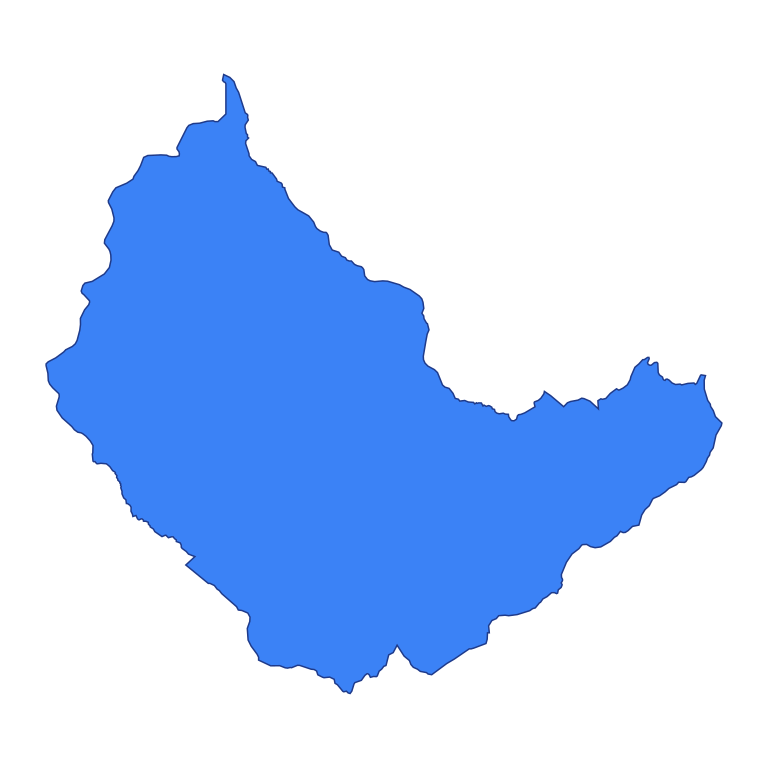 Belén, Boyacá, Colombia
{"feature_id": "7082276B18043076208470", "entity_name": "Belén", "entity_type": "district", "adm_level": 2, "iso_a3": "COL", "parent_name": "Colombia", "parent_adm1": "Boyacá", "projection": "mercator", "projection_center": [-72.876, 6.017], "detail": "fine", "context": "isolated", "style": "filled", "palette": "blue", "viewbox_px": 768, "rotation_deg": 0, "n_neighbors": 0, "source": "geoboundaries", "source_scale": "gbopen_adm2", "svg_char_len": 6064}
<svg xmlns="http://www.w3.org/2000/svg" viewBox="0 0 768 768"><path d="M642.7,359.7L638.8,364.0L634.9,367.3L630.9,376.6L630.2,379.7L627.4,384.8L623.2,388.0L619.5,389.9L618.7,390.1L616.5,388.8L610.3,393.4L605.8,398.5L602.4,399.3L600.9,398.8L597.9,400.7L598.4,408.9L590.0,401.2L584.0,398.6L581.7,398.2L578.1,400.1L570.6,401.5L567.4,402.8L563.7,406.7L550.7,395.7L544.4,391.4L543.9,393.8L540.9,398.2L538.3,400.4L534.5,401.9L534.1,402.9L535.0,406.8L524.7,412.9L520.8,414.4L518.6,414.7L517.5,415.7L516.5,419.2L514.0,420.8L511.6,420.6L510.6,419.7L508.7,416.7L508.4,414.3L505.3,414.1L503.3,413.2L499.2,413.8L496.7,413.1L495.0,411.6L494.5,409.4L492.3,408.8L491.8,407.2L489.7,405.9L488.5,405.6L486.2,406.4L484.0,405.1L483.0,406.0L481.4,403.0L478.7,402.9L477.1,403.4L476.5,402.8L474.8,403.9L473.5,402.4L468.3,402.0L464.7,400.5L459.8,401.1L458.4,399.2L455.2,398.4L453.0,393.3L449.1,388.4L444.9,387.1L442.5,385.0L437.5,372.6L434.5,369.7L427.9,366.1L425.0,363.1L423.5,359.7L423.3,356.3L425.8,341.5L427.2,334.1L429.0,329.9L427.4,323.6L426.6,323.2L425.3,321.0L424.0,318.6L423.7,315.9L421.9,313.3L423.8,308.4L423.0,302.3L421.8,298.8L419.3,296.0L410.0,289.5L403.7,287.1L399.5,284.7L387.6,281.2L382.8,280.9L374.6,281.6L370.1,280.8L367.5,279.5L364.7,275.9L363.8,269.6L362.5,267.7L361.3,266.7L357.2,265.7L354.5,264.4L351.4,261.0L349.3,261.0L346.9,260.1L345.4,257.7L341.6,256.2L338.8,252.2L332.2,250.0L329.3,244.7L328.1,235.3L326.9,233.2L326.1,232.4L323.6,232.3L320.4,231.1L316.9,228.6L315.4,226.4L313.7,222.1L308.7,215.9L297.9,209.8L294.7,206.7L288.5,198.5L284.9,189.3L284.8,187.8L282.5,187.1L282.1,184.2L281.2,183.0L277.2,181.3L276.5,179.0L272.1,173.0L270.4,172.8L270.4,171.5L268.9,171.1L268.2,169.0L267.0,169.3L265.8,167.3L257.4,165.4L255.5,161.6L251.6,159.4L249.1,155.8L249.0,153.7L245.6,143.5L245.9,140.8L248.6,138.0L247.5,137.1L247.5,134.7L246.3,133.5L245.0,127.2L245.2,124.8L248.3,120.1L247.6,117.4L247.8,115.4L247.5,114.5L245.2,112.8L238.6,92.3L236.2,88.0L234.0,81.6L229.8,77.4L223.7,74.5L222.5,80.2L223.6,81.7L225.2,82.5L225.9,83.9L225.9,114.0L218.0,121.6L214.9,121.6L213.2,120.8L207.2,121.2L199.6,123.2L193.2,123.6L188.8,125.4L186.9,127.8L177.0,147.5L177.0,149.0L179.0,151.8L179.4,153.8L179.2,155.8L176.3,156.6L171.8,156.7L169.0,156.3L166.7,155.2L160.9,154.9L147.8,155.5L143.7,157.4L140.6,165.6L138.0,170.7L134.0,176.2L133.0,179.1L126.7,183.2L115.9,187.8L112.8,191.8L108.3,200.6L108.5,202.6L111.8,209.1L114.0,217.9L113.9,221.3L112.1,225.9L104.8,239.6L104.4,243.2L108.9,249.1L110.0,251.5L110.8,255.0L111.0,260.2L109.4,267.5L104.3,274.0L92.2,281.4L84.9,283.1L82.9,285.5L81.2,291.0L82.1,293.3L83.8,294.6L89.5,300.8L89.6,302.2L88.7,304.8L84.6,309.8L80.4,318.4L80.5,324.6L79.8,330.2L77.1,340.4L75.3,343.8L72.3,346.5L65.8,349.7L63.7,352.0L55.7,357.9L48.2,361.8L46.1,363.9L46.1,365.7L47.9,373.2L48.3,380.7L49.7,384.1L52.7,387.8L58.7,393.5L59.1,394.4L59.2,396.8L56.4,406.2L57.0,410.3L62.2,417.9L71.8,426.5L74.3,429.7L77.8,432.2L81.3,432.9L83.0,433.9L86.0,436.2L90.3,441.0L93.0,445.5L92.8,452.8L92.3,454.1L93.0,461.1L93.7,461.7L95.0,461.6L96.6,463.6L97.4,463.8L100.9,463.3L106.4,463.8L109.8,466.6L112.6,470.6L114.9,472.0L115.4,472.8L115.1,473.5L116.9,475.6L116.6,477.5L117.8,479.0L117.8,480.1L119.9,482.1L119.8,482.9L120.8,484.0L120.5,485.1L121.2,486.6L120.8,487.8L122.0,491.2L122.0,493.9L123.7,497.9L125.9,499.8L126.4,503.5L127.3,503.5L130.0,505.3L131.1,507.3L131.0,511.3L132.4,514.1L132.9,516.5L136.0,515.5L137.5,518.8L138.5,519.7L139.3,519.8L141.2,518.8L142.4,519.1L143.4,520.1L143.5,521.2L146.0,521.3L148.3,522.3L148.4,524.1L150.1,525.9L150.2,526.9L153.4,529.0L154.8,531.6L162.0,536.6L165.1,535.3L166.0,535.3L168.4,537.7L171.6,536.8L173.1,536.8L174.6,538.7L176.3,539.9L176.3,541.5L180.2,542.9L181.2,545.0L181.3,547.3L182.2,548.5L186.3,551.5L188.5,554.1L194.9,556.6L185.8,565.0L208.3,583.4L210.0,583.4L214.4,585.5L217.1,589.1L219.4,590.6L221.8,593.7L236.6,606.7L238.3,610.0L241.9,610.5L247.8,613.0L250.0,617.1L249.8,621.4L247.3,628.4L248.1,640.0L251.2,646.2L257.1,654.2L258.6,657.2L258.6,660.1L270.7,665.8L279.8,665.7L285.2,667.8L287.6,668.1L290.2,667.5L291.6,667.7L297.5,665.3L299.7,665.4L311.1,669.2L314.1,669.5L316.6,671.0L317.8,674.8L322.5,677.2L324.0,677.7L329.7,677.1L334.2,679.3L335.0,683.3L337.4,684.7L342.8,691.3L343.8,691.8L346.4,691.2L348.1,692.9L350.1,693.5L351.8,691.2L354.0,684.0L354.9,682.6L361.4,680.3L364.9,675.4L366.9,673.8L367.7,673.7L369.1,674.6L370.4,677.3L373.5,676.5L376.5,676.6L377.3,675.9L379.1,671.2L381.7,669.1L383.8,666.3L386.0,665.5L388.7,654.9L393.2,652.6L397.1,645.2L404.1,656.1L409.4,660.5L410.9,664.5L413.3,667.3L417.5,669.2L420.3,671.4L426.5,672.6L428.0,674.0L431.7,674.7L446.8,663.5L454.4,659.0L469.3,648.8L471.0,648.9L473.8,648.1L486.0,643.5L487.2,639.2L487.5,632.8L489.3,632.8L488.6,625.8L491.9,620.5L496.3,618.6L498.7,615.7L505.1,615.2L508.7,615.7L517.2,614.6L529.7,610.7L532.7,608.6L535.3,607.9L539.4,602.9L540.5,602.3L542.9,598.9L547.1,596.6L551.5,592.7L554.3,592.6L556.6,593.6L557.6,593.1L558.3,589.8L561.1,587.5L562.0,585.3L562.1,584.5L561.2,583.0L562.5,580.6L562.5,579.3L561.5,577.3L561.4,574.4L566.4,562.3L572.0,554.0L578.9,548.7L581.5,545.3L582.6,544.6L586.7,544.4L590.5,546.6L595.1,547.7L600.8,546.9L610.4,541.4L614.4,537.3L617.0,535.8L620.4,531.4L623.1,532.6L625.3,532.4L628.1,530.6L632.5,526.4L638.9,525.1L641.7,515.0L645.1,509.5L649.2,505.8L652.4,499.5L653.4,498.4L659.6,495.8L665.2,491.8L668.9,488.4L676.6,484.6L678.7,482.2L684.6,482.4L685.9,481.6L688.7,477.4L691.4,476.8L694.1,475.4L701.4,469.5L703.1,467.5L706.2,461.7L707.5,458.0L709.5,455.2L710.1,452.3L713.2,447.9L716.0,435.1L721.3,425.7L721.9,423.0L715.4,416.6L713.3,410.6L710.6,406.4L710.3,404.2L707.7,400.4L704.3,389.1L704.2,380.2L705.5,375.6L701.3,374.9L700.6,375.2L696.8,383.3L695.3,384.4L694.0,383.0L687.9,383.4L681.7,384.9L680.1,384.1L675.5,384.5L672.1,383.0L669.1,380.1L667.2,379.1L666.0,379.2L665.1,380.4L664.0,380.1L663.1,379.1L662.5,377.1L659.4,374.9L658.2,372.5L657.8,363.3L656.8,362.3L654.4,362.6L651.4,365.1L649.9,365.3L648.2,364.4L647.5,362.7L649.2,358.8L648.9,357.4L647.6,357.4L644.3,359.6L642.7,359.7Z" fill="#3b82f6" stroke="#1e3a8a" stroke-width="1.5"/></svg>